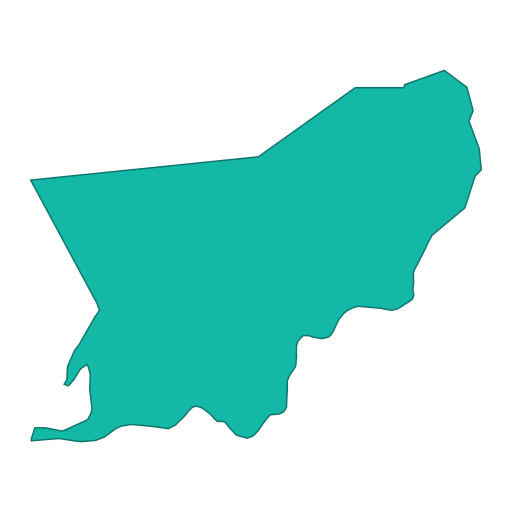 outline of Deville, Soufrière, Saint Lucia
{"feature_id": "8701671B65041139962090", "entity_name": "Deville", "entity_type": "district", "adm_level": 2, "iso_a3": "LCA", "parent_name": "Saint Lucia", "parent_adm1": "Soufrière", "projection": "orthographic", "projection_center": [-61.051, 13.814], "detail": "fine", "context": "isolated", "style": "filled", "palette": "teal", "viewbox_px": 512, "rotation_deg": 0, "n_neighbors": 0, "source": "geoboundaries", "source_scale": "gbopen_adm2", "svg_char_len": 1927}
<svg xmlns="http://www.w3.org/2000/svg" viewBox="0 0 512 512"><path d="M45.7,439.6L59.0,438.5L63.8,439.2L73.9,440.8L80.9,441.6L82.5,441.5L83.9,441.4L95.7,440.4L104.5,437.0L115.6,428.7L121.5,426.0L131.5,424.5L140.2,425.2L154.6,426.7L166.1,428.3L168.3,428.7L175.7,424.8L185.3,415.3L188.4,411.2L192.0,407.6L195.0,406.2L197.9,406.5L201.9,407.8L210.4,414.2L215.3,419.6L217.4,421.4L224.0,421.6L225.3,422.5L230.0,428.4L236.4,435.0L242.6,437.0L247.5,438.1L252.6,436.1L254.5,434.6L258.6,430.2L262.7,424.0L267.8,417.4L270.3,414.8L279.3,413.9L283.3,412.0L284.1,411.1L284.6,410.4L286.5,407.1L286.9,395.7L287.0,394.6L287.1,393.2L287.3,389.6L287.3,381.0L288.6,377.3L290.5,374.0L294.3,368.5L295.8,365.6L296.3,359.0L296.5,356.2L296.4,353.5L296.4,346.3L297.6,341.7L301.5,337.1L303.6,335.5L308.9,335.7L313.2,337.1L321.5,338.6L325.4,337.9L329.0,336.8L331.3,334.4L333.7,330.5L335.8,325.8L336.5,324.3L337.4,322.5L339.2,319.0L341.7,316.0L344.0,313.1L348.5,309.8L350.4,309.0L353.2,307.6L356.3,306.8L358.1,306.3L366.7,307.0L380.7,308.3L387.6,309.6L391.2,310.3L396.7,309.2L401.6,306.5L404.6,304.3L409.0,301.7L412.6,298.8L412.8,298.0L413.5,295.5L413.6,294.8L413.7,294.0L413.3,292.0L412.8,289.4L413.7,282.6L413.3,273.1L413.8,271.6L414.8,269.0L416.5,265.9L417.1,265.0L426.1,247.0L426.8,245.2L432.0,235.3L464.9,207.8L475.1,176.1L481.3,169.8L479.2,148.6L469.0,121.1L473.1,110.6L466.9,87.3L444.3,70.4L404.6,84.7L404.1,87.7L355.2,87.7L258.1,157.0L257.4,156.9L30.7,180.1L97.1,303.5L99.5,310.3L94.9,317.0L84.5,335.1L79.2,344.4L74.4,350.7L67.5,366.7L66.9,379.5L64.8,383.2L64.2,384.2L64.9,384.5L67.3,385.7L68.7,385.6L71.5,382.3L74.0,379.5L79.8,369.9L80.6,368.7L86.8,364.6L87.4,365.4L88.4,366.9L89.4,371.0L90.3,374.8L90.1,379.6L89.7,389.5L91.5,404.3L92.0,408.8L91.0,413.1L90.6,414.2L88.3,418.3L87.5,419.8L64.6,430.2L62.0,431.1L45.3,427.8L42.3,427.8L34.9,427.8L31.5,438.3L31.3,440.8L39.7,440.1L45.7,439.6Z" fill="#14b8a6" stroke="#0f766e" stroke-width="1.5"/></svg>